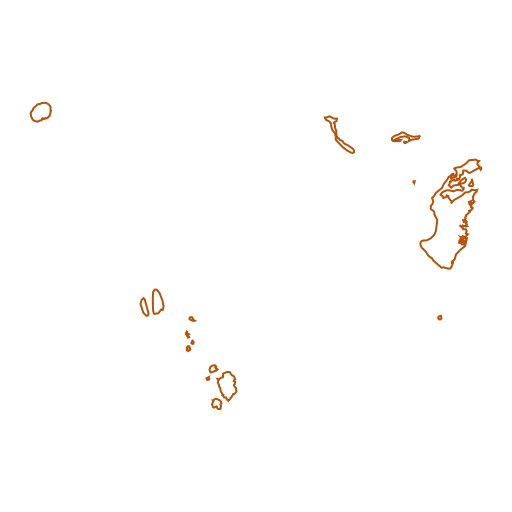 Kamaran, Al Hudaydah, Yemen
{"feature_id": "15242507B40747525321849", "entity_name": "Kamaran", "entity_type": "district", "adm_level": 2, "iso_a3": "YEM", "parent_name": "Yemen", "parent_adm1": "Al Hudaydah", "projection": "albers", "projection_center": [42.46, 15.285], "detail": "fine", "context": "isolated", "style": "outline", "palette": "amber", "viewbox_px": 512, "rotation_deg": 0, "n_neighbors": 0, "source": "geoboundaries", "source_scale": "gbopen_adm2", "svg_char_len": 6113}
<svg xmlns="http://www.w3.org/2000/svg" viewBox="0 0 512 512"><path d="M475.7,159.6L469.0,160.3L466.3,163.3L461.1,166.8L454.8,168.0L454.3,168.6L456.1,170.8L456.7,172.2L456.3,174.5L455.2,175.8L455.9,175.8L457.0,173.7L456.4,176.0L455.4,176.9L451.1,178.4L450.5,177.0L451.2,176.1L453.2,175.1L453.3,174.5L454.4,174.4L453.1,173.9L451.9,174.2L450.1,176.1L448.7,176.8L447.0,180.0L443.9,183.8L441.9,188.0L435.9,192.9L434.2,195.8L432.0,198.0L433.3,201.1L432.4,204.1L430.9,205.8L430.7,208.9L433.8,211.3L434.4,212.4L434.3,214.3L437.3,220.0L435.8,231.3L434.5,234.6L430.5,238.5L426.6,240.4L422.5,240.6L421.1,241.5L420.5,242.6L420.5,244.8L421.7,247.7L425.5,251.2L428.4,255.6L430.6,257.5L431.6,257.7L433.3,260.5L441.5,267.7L443.5,267.3L448.2,268.6L449.9,268.6L451.0,267.8L452.9,263.4L453.1,261.2L452.9,261.9L452.6,261.6L452.4,263.1L451.9,263.0L451.7,262.0L454.6,259.4L455.9,254.6L460.6,249.6L465.2,246.0L466.9,238.3L465.8,238.6L466.3,238.9L466.2,239.8L465.0,241.0L463.5,244.5L461.9,244.4L461.3,243.3L462.9,241.3L463.2,240.0L462.7,239.7L462.6,240.3L461.3,241.5L461.3,242.2L459.9,243.1L459.0,242.7L459.7,241.4L459.4,240.7L460.1,239.6L460.6,239.7L460.5,240.2L461.8,238.8L460.5,239.3L461.2,237.9L460.6,237.1L461.5,237.5L462.6,236.1L464.4,236.9L463.4,238.9L467.8,234.2L466.2,233.8L465.8,233.2L466.7,231.2L465.8,229.2L463.1,229.3L462.9,228.7L463.3,228.6L461.8,227.5L461.6,226.8L460.4,226.2L460.0,226.9L460.2,226.4L460.5,226.1L459.5,225.8L460.5,225.7L461.6,226.7L462.6,225.6L463.1,226.2L463.4,225.7L465.7,226.5L467.1,226.2L466.5,225.8L466.8,225.0L466.2,224.7L466.6,222.9L465.9,223.3L465.3,222.7L465.9,221.0L464.1,220.5L463.5,221.4L463.2,220.3L464.3,220.4L464.5,219.3L465.6,218.7L465.2,217.6L466.1,216.2L465.8,215.9L466.1,215.2L469.8,211.9L469.0,211.2L469.2,210.7L471.1,210.2L472.8,208.1L472.6,207.5L471.1,207.3L471.1,205.1L469.7,204.7L468.9,201.9L470.9,201.2L471.4,203.3L472.4,203.1L472.5,203.6L474.5,201.7L472.8,200.1L473.3,198.1L472.9,196.8L474.8,193.1L476.5,191.7L477.2,189.9L475.7,190.3L471.5,189.7L470.6,191.1L467.8,192.3L465.3,192.3L461.9,195.6L453.9,200.1L451.0,203.4L451.9,201.4L450.5,200.3L448.2,197.3L448.4,196.2L446.7,195.4L446.2,196.9L443.3,198.1L442.9,196.3L440.7,195.2L440.6,194.4L442.3,192.3L446.2,190.4L449.1,190.3L453.3,191.3L457.3,189.8L462.4,190.7L463.5,189.2L463.7,187.8L461.7,187.4L460.1,184.4L460.9,183.5L463.6,183.2L465.6,181.5L466.1,179.7L465.2,177.9L464.0,178.2L460.7,180.8L458.5,183.9L458.5,184.8L453.7,185.5L451.2,187.6L448.7,185.2L449.5,184.5L449.8,182.0L450.8,181.7L450.6,181.4L451.9,180.1L453.0,180.4L454.3,179.8L454.8,180.7L457.5,180.0L456.4,177.9L457.4,178.9L459.2,179.1L460.0,177.2L459.8,175.9L460.3,175.6L460.3,174.7L461.8,174.8L463.0,173.8L463.2,170.5L466.0,170.6L469.0,172.9L469.8,172.9L478.4,168.2L480.2,168.6L480.7,169.7L481.3,168.9L481.0,167.4L479.7,167.2L477.4,164.1L477.6,162.9L479.0,161.0L478.1,161.0L475.7,159.6ZM235.1,379.2L233.9,376.3L231.6,374.9L229.8,372.1L227.3,371.9L223.1,373.6L223.1,376.9L222.5,377.5L221.3,377.6L218.9,379.3L217.6,379.0L218.5,380.3L217.8,381.7L217.9,383.0L218.8,384.4L219.4,387.2L220.1,387.7L220.9,391.6L222.6,394.3L222.4,395.0L223.4,395.0L223.3,396.2L224.1,397.4L226.2,397.6L227.1,399.6L227.8,400.2L228.4,400.0L228.5,400.6L230.3,398.9L230.5,397.8L231.3,397.4L233.3,394.0L234.6,393.9L236.4,391.6L236.0,387.9L234.6,386.6L233.9,385.1L234.9,383.9L235.2,381.9L233.7,381.1L234.6,379.3L235.1,379.2ZM45.8,102.8L41.8,103.0L39.8,104.1L39.0,103.9L37.3,104.6L33.2,108.6L32.8,110.2L31.1,111.9L30.7,113.3L31.1,116.5L32.9,119.8L34.6,121.0L37.7,121.7L39.6,120.6L41.1,120.4L41.9,119.8L42.0,118.9L43.5,119.0L43.4,118.5L44.3,118.8L45.1,118.1L45.6,118.6L46.4,118.3L47.9,117.7L48.6,116.4L49.5,116.2L51.0,110.8L50.6,110.6L50.5,106.8L48.9,104.5L45.8,102.8ZM163.6,306.3L162.5,300.6L159.4,292.8L156.9,289.8L154.8,289.5L153.2,291.8L152.8,297.4L153.0,309.7L153.7,313.1L154.6,313.9L158.3,313.3L161.2,309.5L162.7,310.0L163.6,306.3ZM333.9,118.6L329.5,116.3L327.3,117.3L324.9,117.5L325.7,119.6L329.5,121.6L331.2,123.7L331.1,125.8L332.3,129.8L334.7,133.0L335.8,136.2L335.6,138.9L336.0,140.1L343.0,147.4L347.1,150.5L351.2,152.7L352.6,152.9L353.9,152.4L354.0,150.5L352.9,148.7L347.4,145.0L345.2,144.1L343.6,142.9L342.7,141.2L339.7,139.8L338.8,138.4L338.3,138.6L337.2,137.6L337.1,136.5L336.4,136.3L336.3,130.8L335.1,128.2L334.8,124.1L333.9,123.2L334.1,122.3L336.4,121.2L336.9,118.7L333.9,118.6ZM407.2,134.8L403.8,132.6L402.0,132.4L398.3,134.6L394.5,135.9L392.1,137.8L391.9,139.6L392.6,140.8L393.7,141.2L400.1,141.1L401.0,139.9L398.2,140.2L397.2,139.6L396.3,140.4L394.4,140.5L394.1,140.1L400.3,137.1L404.5,136.4L406.6,136.8L409.1,138.1L409.4,139.2L408.7,141.2L411.4,139.8L417.9,138.8L418.9,138.1L419.2,136.6L420.3,135.7L419.2,136.2L414.2,136.8L412.0,136.5L407.2,134.8ZM147.7,315.6L148.6,313.7L144.7,299.3L143.4,298.1L141.7,299.8L140.5,303.9L143.3,312.7L146.3,315.7L147.7,315.6ZM219.6,400.2L216.0,398.7L214.3,399.4L213.6,400.6L213.0,400.5L213.3,401.0L212.0,404.5L213.1,407.2L214.1,407.6L216.3,406.4L216.8,406.5L217.5,408.7L219.1,409.2L220.4,408.9L221.0,405.8L220.5,404.4L221.3,403.5L221.1,401.7L219.6,400.2ZM216.1,368.9L215.3,367.3L216.1,367.0L216.0,366.3L215.2,365.4L214.3,365.3L212.2,365.6L210.3,367.1L209.5,369.8L210.3,372.1L211.0,372.5L216.7,370.4L217.6,369.3L216.7,368.6L216.1,368.9ZM472.5,186.0L473.3,184.8L471.7,178.8L471.8,181.1L468.8,185.0L469.5,186.1L472.5,186.0ZM189.4,346.4L188.6,346.1L187.6,346.6L187.5,348.0L187.1,347.3L186.7,347.8L186.9,350.3L188.0,351.1L190.3,349.8L189.4,346.4ZM190.2,317.2L189.4,318.9L190.7,320.0L193.8,321.0L194.8,320.7L193.4,319.9L192.2,317.3L190.2,317.2ZM440.6,319.4L441.5,318.3L440.8,315.8L438.7,316.6L438.1,317.9L439.2,319.5L440.6,319.4ZM188.6,334.0L187.0,333.0L187.2,332.1L186.7,331.6L185.9,333.7L186.7,335.4L187.6,335.8L187.5,336.7L188.1,337.6L189.2,337.2L187.8,334.7L187.9,334.2L188.6,334.0ZM193.4,343.7L193.6,341.9L192.9,341.6L192.6,340.7L191.9,341.2L191.3,343.0L192.4,343.9L193.4,343.7ZM208.7,377.2L206.5,378.3L207.1,379.9L209.0,379.6L209.2,378.8L208.0,378.7L208.7,377.2ZM406.3,142.0L404.3,141.6L404.0,142.4L404.9,143.1L406.0,142.8L406.3,142.0ZM414.2,183.1L414.7,181.2L413.5,181.2L413.4,181.9L414.2,183.1Z" fill="none" stroke="#b45309" stroke-width="2"/></svg>